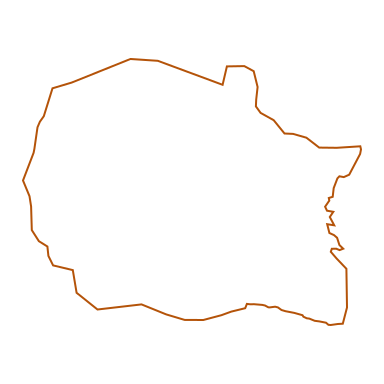 Bida, Niger, Nigeria
{"feature_id": "59680162B96484505623852", "entity_name": "Bida", "entity_type": "district", "adm_level": 2, "iso_a3": "NGA", "parent_name": "Nigeria", "parent_adm1": "Niger", "projection": "albers", "projection_center": [6.019, 9.036], "detail": "fine", "context": "isolated", "style": "outline", "palette": "amber", "viewbox_px": 384, "rotation_deg": 0, "n_neighbors": 0, "source": "geoboundaries", "source_scale": "gbopen_adm2", "svg_char_len": 1262}
<svg xmlns="http://www.w3.org/2000/svg" viewBox="0 0 384 384"><path d="M360.3,146.3L336.8,147.8L319.2,147.6L306.4,137.7L293.1,133.9L284.5,133.5L273.7,120.2L260.6,112.9L255.9,106.4L256.2,99.6L257.6,87.0L253.7,71.2L244.3,66.1L226.9,66.4L222.6,84.8L157.8,60.8L130.4,59.0L71.6,82.6L52.5,88.3L47.8,103.4L43.8,116.2L39.9,121.7L37.5,127.3L34.4,148.8L33.6,152.8L23.0,180.5L29.5,196.2L31.1,206.5L31.8,230.1L38.9,241.2L47.4,246.5L48.4,255.9L53.1,265.4L72.8,270.1L76.6,292.8L97.5,309.5L141.5,304.4L166.2,314.4L184.6,319.9L203.3,320.0L221.4,315.2L231.3,311.6L239.1,309.7L245.2,308.2L246.9,303.9L250.3,304.3L253.9,304.2L262.3,304.9L265.0,305.5L268.3,307.3L269.8,307.4L275.1,306.7L277.9,307.4L281.5,310.0L285.5,311.2L294.3,312.9L302.5,315.2L303.4,316.7L306.8,318.3L309.3,318.6L314.7,320.8L319.3,321.4L326.0,322.7L328.4,324.8L330.7,325.0L337.8,324.0L342.8,323.7L347.0,307.5L346.6,281.4L346.4,268.8L336.6,258.5L330.8,251.8L331.8,248.8L336.2,248.7L339.6,250.1L343.2,248.7L339.4,245.0L337.1,237.8L334.0,235.1L329.4,233.0L327.2,224.2L334.2,225.3L329.8,217.0L333.3,211.8L327.0,210.7L325.1,206.7L329.3,200.6L328.8,198.0L332.7,196.8L333.7,188.1L337.4,178.4L339.4,176.3L343.8,177.1L349.2,174.7L360.1,154.0L361.0,149.4L360.3,146.3Z" fill="none" stroke="#b45309" stroke-width="2"/></svg>